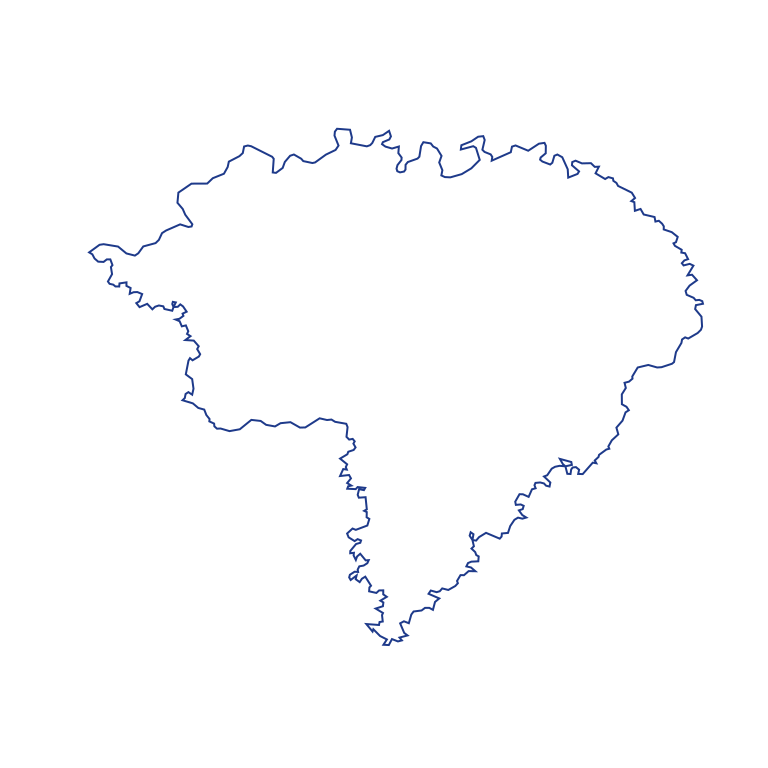 Ortigueira, Paraná, Brazil (Equal Earth projection), rotated 277°
{"feature_id": "56859067B19846476381832", "entity_name": "Ortigueira", "entity_type": "district", "adm_level": 2, "iso_a3": "BRA", "parent_name": "Brazil", "parent_adm1": "Paraná", "projection": "equal_earth", "projection_center": [-50.979, -24.105], "detail": "fine", "context": "isolated", "style": "outline", "palette": "blue", "viewbox_px": 768, "rotation_deg": 277, "n_neighbors": 0, "source": "geoboundaries", "source_scale": "gbopen_adm2", "svg_char_len": 6157}
<svg xmlns="http://www.w3.org/2000/svg" viewBox="0 0 768 768"><g transform="rotate(277 384 384)"><path d="M624.5,304.6L615.1,309.8L610.4,307.4L604.6,298.4L595.5,288.6L594.6,286.0L595.4,276.7L597.5,274.4L600.8,266.6L599.1,263.0L592.3,258.5L586.1,257.1L580.4,251.1L580.4,247.8L594.1,247.1L595.9,245.3L603.8,223.2L604.1,219.8L602.7,216.2L596.0,215.7L592.5,212.7L585.8,202.9L580.3,202.4L573.2,199.5L567.4,189.0L561.4,184.1L559.4,168.5L548.9,156.6L538.7,156.9L533.2,162.9L527.8,166.1L519.2,174.3L516.9,173.8L516.0,170.7L517.6,162.2L509.8,149.0L506.7,145.3L499.6,143.0L496.0,140.1L491.2,128.3L483.8,124.2L481.1,121.1L482.2,112.4L488.0,103.3L488.6,88.7L487.5,84.7L478.7,75.3L477.2,78.7L473.3,81.4L470.6,85.4L471.0,90.8L473.9,93.7L474.3,97.2L468.9,100.0L466.8,98.7L459.9,100.7L452.1,97.5L450.0,99.4L449.6,103.2L448.1,105.5L448.5,109.3L451.6,109.2L453.5,116.0L450.0,116.4L448.4,120.8L442.5,120.6L444.6,124.3L445.2,128.0L443.8,133.0L436.3,131.2L434.1,128.3L430.5,132.0L434.7,139.2L429.9,145.0L432.8,147.4L434.5,151.0L434.2,155.5L431.7,156.9L430.9,164.9L434.7,165.7L435.5,169.9L438.2,172.1L436.5,175.1L431.7,179.3L429.3,175.5L427.2,176.6L423.8,173.0L422.6,169.3L421.4,173.5L416.6,176.3L418.0,180.2L412.5,183.3L409.7,182.4L407.9,186.1L403.4,181.5L403.9,189.9L398.9,195.5L395.9,194.3L391.2,197.9L388.7,196.9L384.2,191.1L386.0,188.3L383.4,187.1L369.4,186.1L365.5,193.0L356.1,195.5L350.0,194.9L352.1,190.8L349.9,188.3L345.8,188.0L343.3,186.0L341.5,196.6L337.6,202.6L336.7,208.7L331.5,211.5L328.0,215.1L325.6,215.2L324.0,220.2L321.3,220.8L319.3,223.7L319.9,227.2L318.4,236.4L321.5,246.4L332.2,256.7L332.3,266.1L329.1,272.0L328.6,281.0L332.5,286.1L334.7,295.8L330.5,305.9L331.3,311.2L342.1,324.3L341.3,331.8L342.3,336.2L340.5,340.1L339.9,351.4L336.8,353.1L327.0,353.2L324.6,356.2L325.7,359.6L323.5,361.9L321.1,360.9L317.6,363.5L314.8,361.9L312.4,356.8L309.8,356.2L304.6,349.5L299.8,357.2L296.9,356.2L294.5,357.5L294.6,353.9L287.3,351.6L289.4,360.4L286.3,362.7L281.2,359.5L279.2,363.9L278.1,360.9L275.6,360.3L276.2,368.7L278.5,370.4L278.6,378.0L276.2,377.0L276.6,372.1L270.8,371.4L268.1,372.9L269.4,379.5L257.5,382.2L255.7,379.8L254.8,382.5L249.6,383.0L248.3,385.9L241.5,384.7L235.8,373.8L236.7,370.4L231.1,365.6L227.5,367.6L224.5,374.0L226.8,376.7L225.9,380.3L223.5,379.8L221.8,375.8L214.2,370.9L211.9,371.1L212.8,374.7L210.2,374.7L205.9,377.5L209.5,378.3L212.6,381.1L206.7,387.3L207.3,390.3L204.1,389.3L201.3,385.9L200.0,381.7L196.6,380.5L194.3,381.2L194.1,377.7L190.5,373.4L187.8,373.0L185.4,374.8L190.6,380.1L186.8,379.7L184.4,384.0L188.0,385.8L190.5,388.9L182.2,395.7L180.3,394.3L176.4,394.5L175.7,401.9L178.5,404.3L179.1,408.4L175.1,408.9L173.1,412.7L168.5,406.8L167.1,410.0L163.3,410.0L160.1,403.1L156.6,410.9L154.4,410.2L148.1,411.7L147.2,408.6L144.2,408.4L143.6,395.7L136.9,402.8L139.3,403.3L133.4,410.8L130.8,418.0L125.1,415.2L125.5,420.6L131.8,423.0L130.2,429.2L131.7,433.0L134.2,430.3L137.3,438.0L139.4,434.4L148.4,429.2L150.9,432.7L149.6,437.8L158.5,439.2L161.8,441.1L163.8,448.9L166.8,452.0L167.3,456.3L165.8,460.1L173.9,461.2L177.9,465.0L181.2,453.8L184.7,455.6L183.8,461.6L185.1,464.6L188.2,466.7L187.4,472.9L192.2,479.4L195.3,481.6L197.4,480.5L203.6,483.2L204.0,486.7L208.6,490.8L209.3,497.5L212.5,492.7L213.0,488.0L216.5,489.2L218.3,492.3L219.5,499.2L224.4,499.0L225.5,496.4L228.3,495.0L231.3,490.9L233.9,493.0L239.9,490.8L239.8,494.5L243.6,497.0L248.7,503.4L244.6,517.7L246.9,519.3L250.0,519.2L251.3,525.2L258.4,526.6L265.1,530.0L267.7,533.3L267.2,537.8L268.8,541.5L270.8,537.2L275.0,533.3L276.7,536.9L280.1,537.5L281.1,534.4L280.1,529.6L283.2,528.6L291.1,531.9L291.5,535.2L289.6,541.3L297.5,543.7L299.0,547.2L301.9,545.7L304.3,546.4L305.3,551.0L304.8,554.9L302.8,557.3L302.4,560.8L306.5,561.1L311.7,554.1L313.3,557.1L320.4,560.8L322.7,563.9L324.2,568.3L324.4,574.1L317.2,576.9L317.4,580.1L322.0,580.2L324.1,581.4L324.9,584.6L322.7,588.1L318.4,587.7L318.8,592.2L331.4,600.8L331.2,604.4L333.8,602.5L337.7,605.8L339.9,606.1L346.1,612.7L347.2,615.5L349.4,614.3L355.9,617.0L362.6,622.7L369.0,620.0L376.7,625.2L385.3,627.2L387.8,630.2L390.9,627.5L392.9,622.6L402.7,621.3L409.5,624.5L414.5,622.6L416.2,626.9L419.6,630.0L421.7,629.5L431.3,633.8L435.1,644.0L433.7,653.1L434.5,657.4L439.2,667.4L441.1,669.2L451.2,669.9L461.0,674.2L464.5,674.4L467.0,677.2L466.2,680.4L472.8,689.1L476.5,692.0L479.8,692.7L489.5,690.9L496.3,683.7L500.3,684.0L502.5,690.8L505.0,689.8L505.9,686.7L505.1,683.2L507.3,680.8L509.4,673.6L513.1,672.0L518.9,675.3L525.1,682.0L530.0,676.4L528.8,672.0L539.2,676.7L540.5,672.8L538.2,666.9L540.2,664.9L543.3,667.1L545.0,670.6L550.5,666.9L550.7,663.1L553.5,663.1L556.6,655.9L558.9,654.2L560.3,656.5L565.8,657.6L569.8,651.1L571.5,642.8L574.6,642.5L577.0,640.5L579.5,636.9L578.3,633.6L582.7,632.2L583.9,621.1L589.0,617.3L586.5,611.9L595.0,610.3L595.7,607.2L599.2,610.5L604.1,606.6L609.1,592.2L611.9,590.2L613.6,586.9L616.0,586.2L616.7,581.5L614.4,578.5L618.9,568.3L625.9,570.8L625.2,566.7L628.4,562.5L627.1,553.6L629.0,546.9L627.2,543.8L624.0,543.9L618.8,551.7L616.1,550.5L611.3,541.7L619.5,540.2L630.8,533.3L632.9,528.1L631.3,525.3L624.1,524.1L622.1,522.2L624.1,514.1L625.7,511.6L627.9,511.9L632.7,516.4L640.2,515.6L642.9,513.9L641.4,508.5L633.1,498.7L636.8,485.5L635.2,482.1L629.5,481.6L618.8,463.7L622.6,463.8L624.9,461.9L626.6,455.5L628.5,453.1L638.5,454.2L642.1,452.3L640.9,447.3L635.5,441.1L630.4,431.7L626.1,431.7L630.9,443.6L629.6,446.5L618.1,451.7L608.7,444.4L601.8,435.6L597.2,424.7L596.8,419.2L598.0,415.5L603.3,415.9L610.6,411.8L617.4,413.3L624.2,407.9L625.7,403.9L628.5,401.1L628.8,393.6L624.7,391.8L613.9,391.4L611.8,389.8L607.2,380.6L604.2,378.7L599.4,379.2L597.3,378.0L596.0,374.1L596.8,371.3L599.2,370.2L602.9,370.7L608.4,374.0L610.9,373.9L614.9,370.1L621.5,369.8L618.7,363.3L619.8,356.5L621.8,352.8L623.9,353.4L627.4,359.5L630.6,360.7L635.9,358.2L630.9,352.5L628.2,345.2L621.8,343.0L619.4,341.2L617.8,338.0L618.9,321.8L624.8,322.1L632.2,319.3L631.6,306.3L628.5,304.5L624.5,304.6ZM324.4,574.1L326.3,571.3L331.1,567.7L329.4,579.4L326.6,580.3L324.4,574.1ZM239.9,490.8L243.9,487.5L247.4,488.1L245.8,491.1L239.9,490.8ZM434.7,165.7L437.6,164.1L439.8,164.4L439.6,167.4L434.7,165.7Z" fill="none" stroke="#1e3a8a" stroke-width="2"/></g></svg>